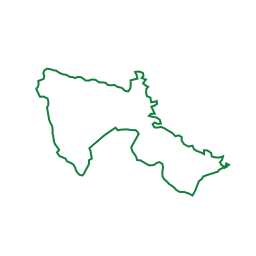 outline of Novo Horizonte, Santa Catarina, Brazil, rotated 334°
{"feature_id": "56859067B82387825631279", "entity_name": "Novo Horizonte", "entity_type": "district", "adm_level": 2, "iso_a3": "BRA", "parent_name": "Brazil", "parent_adm1": "Santa Catarina", "projection": "natural_earth1", "projection_center": [-52.783, -26.5], "detail": "fine", "context": "isolated", "style": "outline", "palette": "green", "viewbox_px": 256, "rotation_deg": 334, "n_neighbors": 0, "source": "geoboundaries", "source_scale": "gbopen_adm2", "svg_char_len": 2376}
<svg xmlns="http://www.w3.org/2000/svg" viewBox="0 0 256 256"><g transform="rotate(334 128 128)"><path d="M198.4,206.0L195.9,202.5L195.5,199.2L198.5,197.9L201.0,195.1L197.1,194.6L194.1,193.0L190.9,190.4L191.7,187.0L190.6,184.6L189.0,182.6L186.5,181.3L184.9,184.8L183.0,182.1L179.9,178.9L178.0,176.0L178.2,172.2L174.2,171.2L171.3,167.2L170.7,162.7L172.3,159.7L170.4,156.9L167.0,156.2L165.7,152.1L162.9,148.0L160.8,144.5L158.3,141.6L154.3,140.4L151.9,138.9L151.8,135.4L154.3,134.7L156.4,137.3L159.4,138.5L160.2,134.7L158.5,131.3L154.7,128.5L152.2,126.3L154.9,125.3L158.3,126.9L158.3,122.4L158.3,119.1L161.4,119.5L164.7,119.0L165.6,116.3L163.3,116.1L160.1,115.0L161.5,110.5L159.0,107.7L159.7,104.2L161.6,100.9L164.1,99.9L162.3,97.2L161.1,94.5L163.2,93.3L165.3,92.3L162.2,89.0L164.6,88.2L165.6,85.3L163.8,83.1L161.7,81.6L158.9,80.8L159.0,84.2L158.1,87.8L155.2,87.1L151.2,86.3L149.4,90.4L147.3,93.6L144.1,95.2L141.7,93.4L139.9,89.1L136.5,86.3L134.5,83.2L131.4,82.2L128.6,80.3L127.6,77.5L125.4,76.0L121.9,74.2L120.0,70.6L117.0,68.6L113.2,68.1L110.6,66.6L109.5,64.2L107.8,61.5L105.0,60.0L102.4,60.0L100.8,58.2L97.9,56.4L96.0,53.3L92.9,51.1L90.4,48.2L88.7,45.1L86.3,43.4L83.9,41.0L81.1,39.1L77.9,39.7L75.8,41.9L75.5,44.8L73.6,46.9L68.0,46.4L66.9,49.4L65.1,51.4L62.6,52.7L62.6,61.4L65.8,62.7L68.6,66.2L68.0,69.3L66.5,72.4L64.2,74.0L61.8,82.5L60.7,86.0L60.5,90.1L60.7,93.1L59.6,96.3L57.9,99.5L57.0,103.3L55.6,107.4L55.3,110.8L56.0,114.1L56.6,117.5L53.4,118.8L54.1,123.2L56.6,125.9L58.4,128.2L58.6,131.3L60.9,133.8L62.9,136.9L63.1,140.4L62.7,143.5L63.0,146.3L64.2,149.2L66.4,150.7L68.6,149.6L70.8,147.9L72.8,146.4L74.8,145.1L77.4,142.9L78.8,139.8L82.0,139.7L83.2,135.6L84.3,132.0L84.4,129.2L104.0,124.1L116.9,122.2L117.9,125.7L120.4,126.2L122.9,127.2L126.9,129.0L130.3,131.5L133.1,132.7L134.7,134.7L135.0,138.0L122.5,146.7L121.7,151.2L122.5,154.9L122.7,157.6L122.1,160.8L125.3,162.8L126.7,165.2L128.3,167.5L130.3,170.6L133.4,172.1L135.9,172.6L138.1,172.0L141.2,172.4L143.1,175.2L142.3,178.7L139.2,183.2L137.8,186.5L138.1,190.2L139.3,192.8L140.6,196.8L142.4,199.7L143.5,202.2L144.3,205.0L146.3,208.0L150.5,210.2L153.9,213.5L156.3,216.9L159.1,215.1L161.4,213.4L164.0,210.9L166.0,209.1L168.6,206.8L172.0,206.2L174.3,204.6L178.0,204.9L189.3,206.6L192.0,205.5L194.8,205.4L198.4,206.0ZM198.4,206.0L202.6,205.4L200.7,202.9L198.4,206.0Z" fill="none" stroke="#15803d" stroke-width="2"/></g></svg>